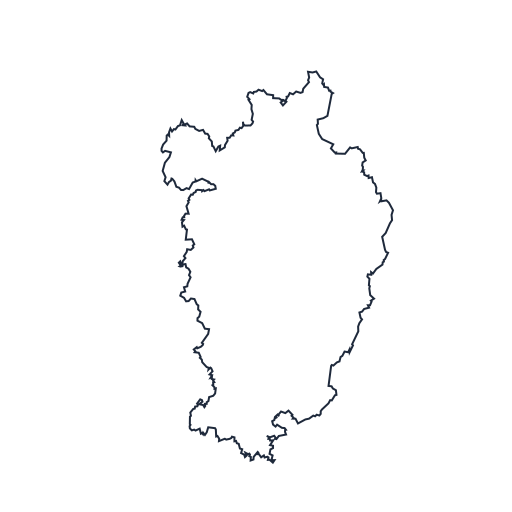 Tamazula de Gordiano, Jalisco, Mexico, rotated 20°
{"feature_id": "50627088B40756247802692", "entity_name": "Tamazula de Gordiano", "entity_type": "district", "adm_level": 2, "iso_a3": "MEX", "parent_name": "Mexico", "parent_adm1": "Jalisco", "projection": "equal_earth", "projection_center": [-103.178, 19.686], "detail": "fine", "context": "isolated", "style": "outline", "palette": "slate", "viewbox_px": 512, "rotation_deg": 20, "n_neighbors": 0, "source": "geoboundaries", "source_scale": "gbopen_adm2", "svg_char_len": 6132}
<svg xmlns="http://www.w3.org/2000/svg" viewBox="0 0 512 512"><g transform="rotate(20 256 256)"><path d="M144.3,217.0L148.4,219.2L148.9,216.3L150.3,214.3L150.1,212.1L150.9,212.1L153.8,213.8L157.5,218.2L160.3,218.1L163.0,219.6L165.1,218.9L167.5,216.0L170.2,216.0L171.4,208.6L173.7,206.7L173.3,205.4L174.4,206.2L178.9,201.8L185.8,202.5L186.5,204.1L186.6,202.6L189.3,203.9L191.5,203.1L193.7,204.0L195.2,206.6L190.1,210.2L189.1,209.4L185.4,212.7L184.1,212.0L183.2,213.5L182.7,212.6L178.4,213.8L177.2,215.0L177.4,216.5L175.8,218.1L175.6,220.1L174.0,220.4L173.0,224.9L174.2,226.0L173.2,227.4L174.4,228.6L173.6,233.0L178.2,239.3L175.3,240.3L174.7,242.9L175.3,244.1L173.9,244.7L173.7,247.4L175.9,246.9L174.9,249.7L176.9,253.6L178.1,252.1L180.9,254.9L182.1,254.8L184.4,264.7L190.1,262.2L194.0,266.1L193.0,267.8L194.3,269.4L192.6,272.6L189.0,273.2L189.5,275.9L188.3,280.8L190.4,282.1L188.9,286.0L189.2,287.2L188.3,289.2L186.6,287.0L185.8,288.7L188.7,290.8L187.9,291.8L188.5,291.8L190.4,290.7L190.2,288.9L192.5,287.7L194.3,290.6L196.9,291.0L199.7,293.3L199.6,296.9L201.8,298.4L201.2,305.5L201.8,308.0L199.0,310.0L201.6,313.6L198.3,315.9L198.4,319.2L202.7,319.9L205.8,322.5L208.1,321.4L209.4,318.2L212.9,317.5L216.8,321.6L218.7,322.2L219.9,326.0L223.0,327.4L223.4,332.4L222.3,334.4L223.1,336.8L228.4,337.5L232.8,341.8L236.9,340.8L237.7,345.6L234.8,356.1L236.4,356.7L236.4,357.9L235.2,360.2L232.4,362.8L231.5,361.9L229.5,365.1L231.6,366.3L231.3,367.4L235.3,366.5L238.5,369.8L238.1,370.9L240.5,371.9L241.8,374.2L247.6,377.2L249.9,377.2L250.2,378.9L251.3,376.5L252.3,376.8L254.6,379.2L252.9,383.2L255.5,383.0L255.0,385.9L256.0,385.0L256.5,386.7L258.7,386.4L258.2,387.5L259.9,388.8L258.9,389.4L259.9,391.6L259.3,392.3L261.9,393.6L262.4,395.0L263.5,394.2L264.6,399.2L263.6,402.0L260.2,404.6L260.9,408.6L259.7,410.2L260.2,411.8L258.6,412.4L259.6,414.4L259.2,415.7L257.3,414.1L253.3,414.7L255.5,411.2L254.5,409.9L252.6,409.8L251.1,414.9L252.4,415.5L252.3,417.3L250.3,418.3L250.6,420.4L249.3,421.2L247.8,425.6L249.5,428.4L248.9,429.6L251.3,436.6L252.2,437.1L251.8,438.6L252.8,440.6L255.3,441.8L257.3,440.3L258.9,440.7L262.1,437.5L265.0,441.8L265.8,440.8L267.1,441.6L266.9,440.2L269.2,441.6L270.0,438.5L269.7,433.3L276.4,431.8L277.6,432.8L280.3,439.2L281.3,438.3L283.9,440.3L284.5,442.6L289.2,438.4L290.8,438.7L293.7,436.9L295.1,435.4L295.2,434.0L297.8,433.8L299.1,437.5L300.5,436.6L302.0,438.5L304.0,438.4L306.7,442.4L309.1,442.3L309.4,446.3L312.9,446.7L314.4,448.7L315.5,446.7L313.4,444.5L316.5,444.9L317.3,444.0L318.2,444.6L318.2,446.4L319.9,446.6L320.9,450.0L323.2,448.1L322.5,445.6L324.6,439.6L325.5,440.1L325.4,441.6L326.5,441.2L329.7,443.4L331.6,440.7L333.0,442.4L335.4,440.7L336.6,441.0L336.9,443.5L338.4,442.8L342.5,444.4L343.2,441.5L341.5,442.2L340.2,441.3L339.8,437.7L336.4,437.3L335.7,432.8L337.7,430.7L336.9,428.5L333.9,428.9L335.2,423.3L332.4,424.6L331.5,423.2L330.2,423.6L330.2,421.8L327.6,421.4L331.1,421.6L334.6,418.7L336.6,420.1L336.4,421.2L337.8,421.1L339.0,417.3L345.3,413.5L343.4,411.3L342.9,409.6L343.6,409.1L341.7,407.9L339.1,408.6L333.5,407.3L332.7,409.6L329.7,408.6L327.7,405.7L329.3,403.9L328.8,400.2L329.5,401.9L330.5,400.7L329.4,399.8L330.5,397.6L332.4,398.8L331.3,397.6L332.7,393.6L337.3,393.6L339.4,390.2L344.6,392.8L344.1,394.0L346.7,395.2L346.3,396.2L348.8,395.4L352.7,399.0L358.3,392.7L361.5,390.7L364.4,386.4L366.4,386.4L367.3,384.4L370.1,384.2L370.8,382.2L369.9,379.8L370.4,377.8L374.5,369.7L375.0,366.1L376.6,365.8L377.8,359.9L379.1,359.0L377.0,354.8L373.5,354.2L371.6,352.6L368.6,353.3L364.2,333.6L364.5,332.5L366.2,332.5L368.4,328.3L370.5,326.5L370.0,322.0L371.3,320.3L371.9,315.5L375.5,314.9L375.8,311.9L376.9,314.3L377.7,306.8L376.5,306.1L377.9,291.8L376.1,287.4L376.1,283.8L377.3,279.3L375.4,278.3L372.5,273.7L374.7,272.0L375.7,268.8L379.9,265.9L378.0,264.0L380.0,263.3L380.2,259.3L379.2,258.7L381.5,255.7L376.7,253.7L373.5,247.6L373.3,245.4L372.1,244.9L370.4,238.6L367.7,237.3L367.4,235.0L370.7,234.2L369.7,231.8L371.9,232.5L373.5,227.0L377.8,220.8L377.2,218.6L378.1,217.5L377.4,216.1L378.3,214.7L379.0,207.8L376.8,207.7L375.1,206.0L368.0,194.8L370.0,190.1L370.7,179.4L371.6,175.8L369.3,171.0L369.1,166.2L362.7,160.5L359.6,159.1L355.3,161.6L354.8,160.9L353.8,162.3L354.0,158.9L351.5,154.4L348.3,156.1L346.9,154.9L345.7,150.6L343.2,147.6L340.8,146.8L338.0,142.3L335.2,144.2L334.2,141.9L333.0,142.9L329.9,142.6L329.0,140.4L327.4,140.3L327.6,139.4L326.6,140.2L326.8,138.3L326.0,135.6L324.8,134.7L324.2,131.6L326.4,128.7L324.1,126.6L322.0,122.2L321.0,122.6L317.3,120.2L315.2,120.3L314.3,118.8L309.1,122.1L307.3,121.8L304.7,129.5L296.1,132.4L295.9,131.3L294.7,131.9L289.6,129.3L290.4,124.6L278.2,123.5L273.2,119.7L268.4,112.1L269.0,110.6L267.3,106.7L272.1,103.5L275.2,99.9L271.7,77.8L272.6,76.6L269.9,76.1L269.4,75.1L268.2,75.7L266.0,73.1L262.2,73.8L261.1,71.3L260.7,72.1L259.2,71.2L258.6,67.0L255.1,66.2L249.5,62.0L246.4,64.2L241.9,65.1L244.9,70.1L244.8,73.0L246.3,74.5L243.2,82.6L243.7,86.1L242.0,87.5L237.5,87.7L235.5,91.4L232.0,91.3L231.6,95.1L230.3,95.9L231.0,97.0L230.6,100.1L231.8,100.6L229.8,105.3L226.7,103.3L228.4,100.5L229.2,100.5L228.5,99.9L226.2,100.7L223.9,100.0L218.1,101.8L217.1,99.0L211.0,100.3L206.2,97.5L205.4,98.9L201.5,98.9L200.2,101.3L197.8,102.6L197.8,104.2L194.5,104.0L193.2,105.3L193.3,109.4L196.2,110.9L195.5,111.8L200.3,115.5L201.5,119.6L204.4,123.5L205.3,129.5L207.3,130.7L207.3,132.6L206.2,135.2L201.0,137.2L199.1,136.5L197.8,134.3L199.5,138.1L198.7,140.8L197.0,140.9L196.4,143.5L193.8,145.2L193.8,147.1L192.3,148.8L193.5,150.5L191.5,151.0L190.8,153.9L188.5,154.8L189.9,157.4L188.9,162.3L189.5,164.6L185.8,169.2L184.6,164.6L183.2,166.0L182.3,171.3L178.5,167.6L177.2,167.6L175.3,163.5L171.4,161.5L171.2,159.7L168.7,157.8L166.4,158.4L163.1,155.6L159.8,157.9L155.5,157.3L153.8,155.7L149.3,156.9L145.9,155.0L144.4,156.5L145.1,157.5L142.3,158.2L142.6,156.2L139.7,153.7L139.9,159.2L138.2,160.6L137.0,164.7L135.5,164.8L134.5,167.7L132.0,165.5L132.0,169.6L133.3,172.8L131.6,172.0L130.9,173.4L132.5,178.2L130.6,183.0L130.5,187.4L131.3,189.5L133.1,190.5L134.6,188.3L140.6,187.7L140.8,192.7L138.5,199.5L139.2,208.0L144.1,212.9L144.3,217.0Z" fill="none" stroke="#1e293b" stroke-width="2"/></g></svg>